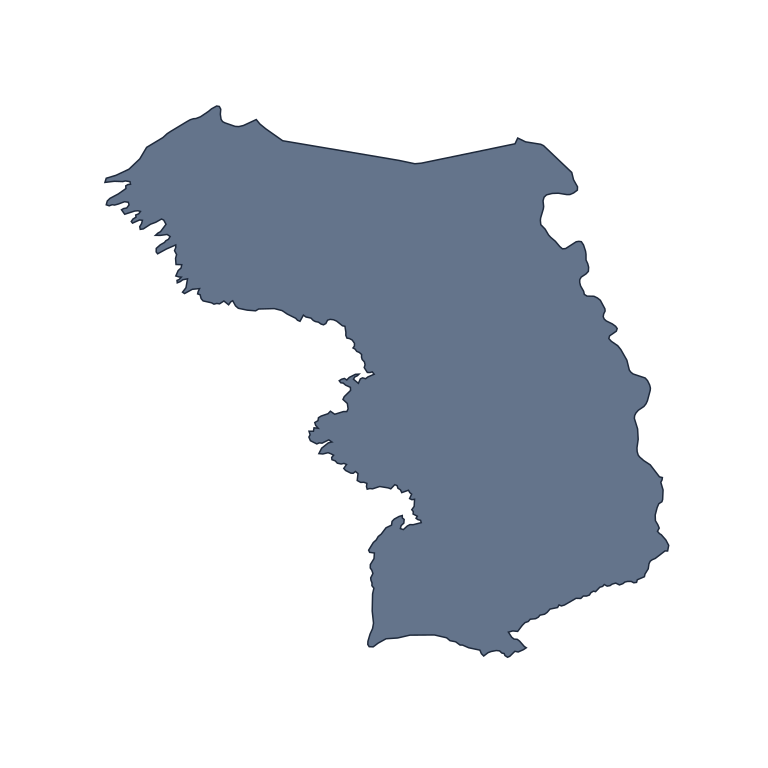 the district of Cuiabá, Mato Grosso, Brazil, rotated 188°
{"feature_id": "56859067B53289335762080", "entity_name": "Cuiabá", "entity_type": "district", "adm_level": 2, "iso_a3": "BRA", "parent_name": "Brazil", "parent_adm1": "Mato Grosso", "projection": "albers", "projection_center": [-55.911, -15.41], "detail": "fine", "context": "isolated", "style": "filled", "palette": "slate", "viewbox_px": 768, "rotation_deg": 188, "n_neighbors": 0, "source": "geoboundaries", "source_scale": "gbopen_adm2", "svg_char_len": 6143}
<svg xmlns="http://www.w3.org/2000/svg" viewBox="0 0 768 768"><g transform="rotate(188 384 384)"><path d="M95.3,330.1L98.3,330.4L109.1,341.0L116.1,344.3L120.7,347.3L122.4,349.0L123.9,352.3L124.6,355.9L124.6,364.6L126.6,374.8L131.3,384.8L131.4,387.6L130.5,390.3L128.5,393.4L123.5,397.9L121.8,400.8L120.8,404.1L119.5,414.7L119.6,417.0L120.8,420.0L123.5,424.0L126.2,426.3L138.7,428.6L141.1,430.0L143.0,431.9L146.8,441.4L154.2,451.0L157.8,454.4L164.8,457.9L167.7,460.3L167.3,463.1L161.3,468.6L160.8,471.4L162.7,473.4L166.3,475.3L172.7,477.4L175.0,479.0L176.3,481.2L176.2,484.0L175.2,487.0L175.7,489.2L181.4,497.0L184.6,498.9L188.3,500.1L195.1,499.3L198.1,500.6L199.2,503.6L203.0,508.5L204.3,511.7L204.7,514.5L203.6,517.3L199.2,521.2L197.3,524.0L197.6,528.1L199.0,531.5L201.2,534.9L202.0,540.5L202.9,543.6L205.8,549.5L208.4,552.4L210.9,552.4L213.5,551.6L223.0,543.4L226.1,542.7L229.1,544.6L234.2,549.2L239.4,552.5L241.8,554.5L246.0,559.8L250.9,563.6L251.9,567.7L252.0,570.2L250.6,579.6L250.6,582.0L252.0,587.5L251.5,591.2L249.4,593.9L244.0,596.1L237.9,597.2L229.2,597.0L226.2,597.5L222.8,599.6L219.5,602.9L219.8,606.2L224.7,612.6L227.5,619.6L259.1,642.2L262.1,643.2L277.5,643.5L285.8,646.2L287.7,640.1L377.7,607.9L384.1,606.4L400.2,607.5L518.2,610.8L536.5,620.2L543.1,624.2L547.3,628.1L559.2,620.4L563.6,618.7L567.3,618.4L578.0,620.5L580.4,621.4L582.2,623.5L583.6,628.3L583.9,633.4L585.7,635.9L588.4,636.0L593.1,632.5L595.7,629.6L602.9,623.1L607.2,620.7L609.6,620.2L612.7,618.7L615.6,616.5L630.5,604.4L633.6,601.7L637.2,597.3L652.0,585.3L657.2,572.9L666.5,561.2L678.4,553.4L687.7,549.1L688.4,544.8L679.3,547.2L670.8,548.1L668.4,549.1L663.7,549.0L662.8,546.5L665.3,545.9L667.3,544.3L666.8,541.6L673.5,535.3L681.2,529.7L683.5,526.7L684.0,522.8L680.9,522.2L678.2,523.7L675.7,523.7L672.2,525.2L666.3,528.4L662.5,528.4L661.4,525.9L663.3,522.5L666.3,521.5L668.2,520.0L664.4,516.0L654.9,520.6L651.8,521.3L649.2,521.0L650.6,518.4L653.4,516.8L652.8,514.7L655.6,512.4L656.9,509.7L655.4,508.3L648.9,512.4L646.0,512.5L646.4,509.1L647.8,505.8L646.9,503.2L643.9,504.1L637.5,509.7L632.5,512.4L627.3,516.4L625.0,515.7L622.1,511.8L626.5,503.8L628.9,502.0L631.0,499.4L626.0,500.1L619.6,501.9L616.3,500.3L617.6,497.3L620.0,495.5L621.1,493.6L624.9,490.7L628.4,486.6L628.0,483.1L626.3,481.4L618.1,487.5L609.6,492.7L609.2,490.2L610.0,486.9L607.4,483.3L607.9,479.4L606.6,473.4L600.9,474.0L601.1,470.7L603.6,467.7L605.2,462.0L602.1,461.5L599.6,461.6L601.5,458.9L603.4,457.8L602.8,455.4L599.9,457.1L597.8,459.2L593.2,460.8L593.5,451.8L596.3,446.9L594.1,445.8L587.0,451.1L579.9,452.8L580.9,449.7L581.1,447.3L578.5,446.8L577.0,443.1L574.7,441.1L566.1,440.4L563.5,439.4L560.8,440.5L558.0,440.5L554.1,443.9L548.9,440.8L547.2,444.0L545.4,445.4L541.9,440.7L538.8,438.7L529.7,438.1L521.3,438.6L518.6,440.8L503.1,443.4L495.1,442.5L489.6,439.8L480.6,436.8L478.5,435.1L475.9,434.4L473.4,441.0L470.7,439.5L465.5,439.1L462.9,437.1L460.7,436.3L457.5,436.1L454.7,434.6L452.1,434.2L450.0,435.8L448.8,439.3L446.4,440.5L443.0,440.6L439.7,439.7L433.3,435.9L430.7,435.7L428.9,429.7L428.6,426.9L427.1,424.3L424.5,424.2L421.6,423.1L418.9,420.2L418.6,417.4L419.7,415.4L417.5,414.5L415.5,412.5L412.8,411.8L410.3,410.1L410.0,407.4L409.0,405.2L406.5,403.2L405.4,400.3L405.9,397.5L402.1,393.1L399.4,393.4L397.4,394.4L395.1,392.3L400.9,388.8L402.9,386.7L406.1,387.1L408.1,385.8L409.5,381.1L414.9,384.5L413.9,386.9L411.5,388.5L410.1,390.3L413.7,389.6L419.3,385.7L421.4,382.8L424.0,384.0L426.7,382.8L428.8,381.0L427.0,379.2L424.5,379.2L421.8,377.5L416.8,376.0L416.2,373.0L421.6,366.0L422.5,363.0L417.6,359.6L416.1,354.4L417.0,351.5L420.2,351.1L428.6,347.2L433.3,349.6L435.3,346.8L441.8,343.5L444.2,341.5L444.3,338.5L447.2,336.2L445.9,333.5L443.0,331.0L447.2,330.9L447.3,327.4L451.7,326.8L450.1,323.4L451.0,321.0L449.0,317.6L442.2,315.3L439.9,316.7L437.1,316.8L430.9,321.0L427.5,319.3L430.9,318.0L436.8,311.8L438.8,306.0L434.8,306.2L429.8,308.2L426.8,307.5L424.0,306.5L425.6,304.0L425.0,301.8L421.6,301.1L419.2,299.1L415.3,298.8L412.6,299.8L409.9,299.1L412.1,294.8L410.0,293.0L404.4,291.1L402.1,291.3L400.1,293.4L397.3,291.7L397.1,284.7L393.4,283.3L390.3,283.9L387.1,283.2L387.1,280.0L386.0,277.5L383.5,278.5L380.7,278.6L374.0,281.9L365.3,281.7L362.7,281.1L359.3,285.8L356.9,285.2L355.7,282.7L353.0,281.5L351.3,278.9L345.0,282.2L343.3,280.0L341.3,278.8L342.7,274.1L340.3,273.3L337.7,274.1L337.1,267.0L339.0,263.4L337.2,261.7L337.1,259.3L332.6,257.7L333.6,255.5L331.6,254.4L328.8,254.1L327.8,251.9L335.6,248.7L338.7,248.4L341.2,246.6L344.6,242.5L347.7,243.1L347.3,246.2L345.0,249.0L345.2,252.7L347.2,253.9L347.6,256.3L350.7,254.9L355.0,251.7L356.9,249.1L356.9,245.3L362.0,241.9L365.9,234.9L368.5,232.2L370.0,228.5L372.5,225.6L376.1,217.3L374.8,215.3L370.0,215.3L369.6,209.7L372.4,203.3L372.0,199.9L370.1,197.8L368.6,194.8L370.2,190.1L369.6,187.8L368.2,185.4L367.9,182.6L365.6,180.4L366.1,174.5L364.1,157.6L361.1,145.7L361.3,140.2L363.0,134.4L364.1,127.0L363.8,123.8L362.1,121.8L358.1,122.2L353.7,126.6L346.5,132.0L335.1,134.4L323.4,138.9L299.2,142.5L286.7,141.4L282.9,139.0L277.2,138.7L272.4,136.1L269.9,136.4L263.5,134.6L252.0,133.8L250.0,130.5L247.4,128.5L243.6,132.4L240.7,134.0L235.7,135.7L232.4,135.8L229.9,134.0L227.5,133.8L226.4,131.9L223.6,130.6L221.5,131.9L217.2,137.5L213.8,137.3L209.0,140.3L206.4,142.6L208.5,143.6L214.0,148.3L216.5,149.7L219.7,149.5L222.3,151.0L226.3,155.6L222.1,157.4L217.2,157.6L213.5,164.2L211.2,167.3L208.1,168.9L206.5,171.4L201.2,172.7L198.7,174.6L197.4,176.8L192.9,178.4L190.7,180.5L188.3,184.2L181.0,186.8L179.9,189.6L177.5,188.9L174.6,190.2L164.0,198.5L159.3,199.0L157.1,201.8L153.9,202.2L151.2,203.6L150.1,206.1L147.8,208.0L145.6,207.8L142.0,212.8L139.3,214.0L138.0,216.1L134.9,214.9L132.1,215.8L130.2,217.6L126.8,219.1L122.9,217.8L119.7,219.5L117.9,221.4L115.3,222.4L111.7,222.9L109.0,221.9L106.3,222.7L105.9,225.4L99.3,229.4L99.1,232.1L96.6,237.8L96.6,242.8L95.7,245.6L93.8,247.4L91.1,249.0L82.5,257.8L79.9,258.1L79.6,263.8L83.1,268.7L88.4,273.3L90.4,274.2L92.7,276.2L91.4,279.6L93.3,282.8L96.2,286.4L97.2,292.0L96.3,299.7L95.2,303.7L92.4,306.1L92.0,308.4L92.9,317.9L96.2,325.2L95.3,327.7L95.3,330.1Z" fill="#64748b" stroke="#1e293b" stroke-width="1.5"/></g></svg>